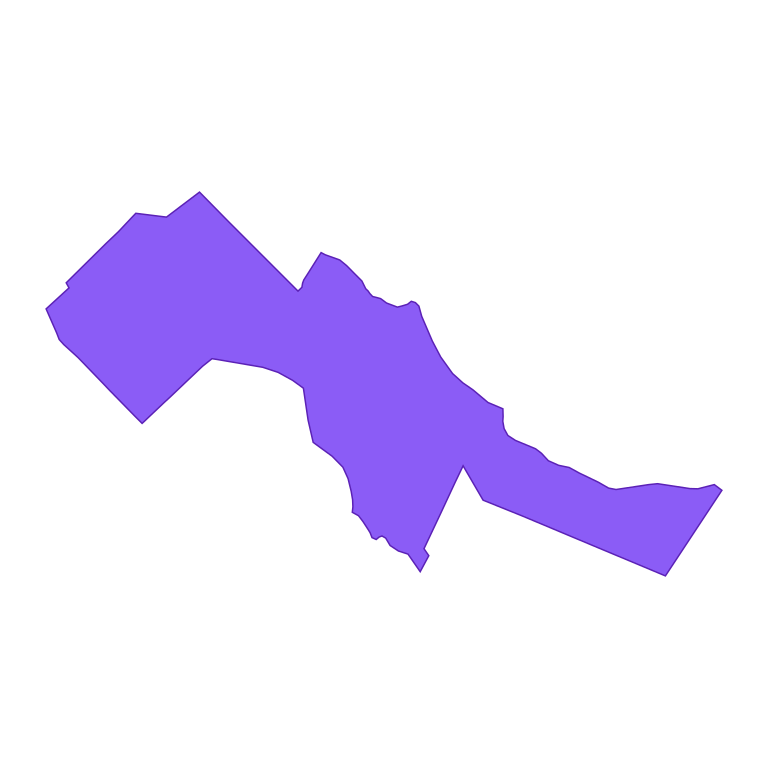 outline of Racsa, Satu Mare, Romania
{"feature_id": "2599482B77905945866588", "entity_name": "Racsa", "entity_type": "district", "adm_level": 2, "iso_a3": "ROU", "parent_name": "Romania", "parent_adm1": "Satu Mare", "projection": "equal_earth", "projection_center": [23.264, 47.856], "detail": "fine", "context": "isolated", "style": "filled", "palette": "violet", "viewbox_px": 768, "rotation_deg": 0, "n_neighbors": 0, "source": "geoboundaries", "source_scale": "gbopen_adm2", "svg_char_len": 1673}
<svg xmlns="http://www.w3.org/2000/svg" viewBox="0 0 768 768"><path d="M199.5,192.1L180.6,206.4L166.5,217.1L154.3,215.6L142.2,214.1L135.8,213.3L131.3,218.0L118.5,231.6L106.0,243.5L66.2,282.8L69.0,287.9L46.1,308.9L56.7,333.0L59.2,339.5L63.8,344.6L78.1,357.6L103.2,383.6L110.3,391.1L112.6,393.4L114.8,395.7L116.3,397.2L134.6,415.9L142.1,423.4L144.3,421.4L147.3,418.5L164.2,402.5L170.5,396.7L185.3,382.6L202.6,366.2L212.0,358.7L217.9,359.6L227.7,361.3L262.8,367.3L278.2,372.4L292.7,380.4L303.4,388.2L308.1,420.2L313.2,442.4L332.1,456.2L342.9,467.2L348.1,478.7L351.2,491.4L352.6,499.7L352.9,506.8L352.3,512.3L358.5,515.7L363.0,521.6L368.2,529.6L370.1,532.7L372.0,537.6L376.2,539.5L379.2,537.0L382.0,536.0L385.7,538.1L390.1,545.5L398.4,551.0L408.0,554.1L420.2,571.7L428.8,555.7L424.0,548.7L441.0,512.7L455.3,482.0L463.1,465.8L483.1,500.2L520.9,515.4L593.2,545.7L665.4,575.9L721.9,490.3L714.3,484.6L697.9,488.8L690.0,488.6L657.6,483.7L648.7,484.6L616.8,489.4L616.0,489.5L608.6,488.1L598.5,482.3L579.2,473.0L569.2,467.5L558.6,465.3L548.3,460.7L541.5,453.3L535.6,448.8L515.4,440.4L507.9,435.5L504.1,428.6L502.8,421.3L503.1,416.6L502.9,408.8L488.0,402.5L472.9,389.8L462.9,382.9L456.3,376.9L452.6,373.6L440.7,357.0L432.3,341.0L421.7,316.3L418.9,306.1L415.4,302.6L411.3,301.3L407.5,304.3L401.8,306.0L397.4,307.1L391.0,304.7L386.5,303.0L382.8,300.2L380.6,298.6L377.0,297.6L372.6,296.5L369.8,293.5L368.1,291.0L365.7,288.7L362.7,282.6L361.9,281.0L358.2,277.3L354.1,273.2L349.0,268.0L346.7,265.7L339.8,260.0L325.3,254.8L321.1,252.6L312.4,266.4L307.6,274.0L303.8,279.9L302.6,283.1L301.9,287.3L298.0,291.1L229.4,222.5L199.5,192.1Z" fill="#8b5cf6" stroke="#5b21b6" stroke-width="1.5"/></svg>